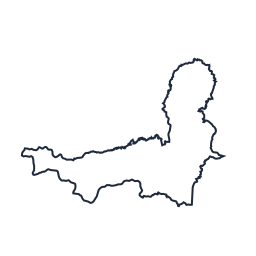 outline of Novo Airão, Amazonas, Brazil, rotated 11°
{"feature_id": "56859067B99543147558304", "entity_name": "Novo Airão", "entity_type": "district", "adm_level": 2, "iso_a3": "BRA", "parent_name": "Brazil", "parent_adm1": "Amazonas", "projection": "robinson", "projection_center": [-61.712, -1.802], "detail": "fine", "context": "isolated", "style": "outline", "palette": "slate", "viewbox_px": 256, "rotation_deg": 11, "n_neighbors": 0, "source": "geoboundaries", "source_scale": "gbopen_adm2", "svg_char_len": 5936}
<svg xmlns="http://www.w3.org/2000/svg" viewBox="0 0 256 256"><g transform="rotate(11 128 128)"><path d="M30.6,167.7L30.6,169.1L29.3,171.5L28.9,172.9L29.1,175.2L30.8,175.8L33.1,175.0L36.7,175.1L38.2,174.1L39.8,174.7L41.0,176.9L41.9,180.4L43.1,183.1L43.9,187.4L43.1,189.9L43.1,190.7L44.0,191.9L45.1,191.9L48.5,190.1L49.6,188.9L51.0,188.5L52.1,187.4L54.2,186.9L55.7,185.6L56.6,184.4L57.6,183.7L60.6,184.0L66.2,183.5L67.4,184.2L69.7,189.5L70.9,190.9L72.5,192.0L73.6,192.2L74.9,191.7L77.1,191.8L79.7,190.6L82.3,192.2L85.1,192.5L86.8,193.0L87.5,194.7L87.8,197.5L86.5,201.5L86.8,202.6L92.3,202.3L94.0,203.3L94.9,203.3L97.0,206.2L98.6,207.5L102.8,207.8L105.6,208.7L107.4,207.7L108.4,206.1L110.4,201.0L111.0,194.8L111.6,193.3L112.9,191.6L114.1,190.7L116.4,190.1L118.1,188.1L121.0,187.6L122.3,187.9L124.1,187.6L127.4,186.3L128.8,185.3L131.5,184.7L132.9,183.8L134.1,181.2L134.8,180.7L136.3,179.9L139.4,179.6L141.6,177.9L145.0,178.8L147.8,178.0L149.8,178.9L150.8,180.4L151.3,183.1L153.8,186.7L153.5,188.0L152.0,190.3L152.2,191.6L152.9,192.4L155.2,193.4L155.9,193.5L156.2,193.2L156.2,192.0L156.6,191.6L158.8,191.8L160.7,191.2L162.6,191.3L163.6,191.0L164.9,189.1L165.6,189.0L166.6,187.7L167.5,187.3L169.5,187.6L169.9,187.3L169.7,186.2L170.0,185.5L171.9,186.3L173.6,186.4L174.9,186.0L178.3,186.1L178.7,187.8L179.2,188.2L179.3,187.7L179.9,187.5L183.0,188.8L184.1,190.2L185.7,190.7L189.1,190.8L189.8,191.4L190.2,192.3L191.1,192.9L192.0,194.9L192.8,195.0L193.2,193.4L195.2,192.3L196.7,190.4L198.9,191.0L199.5,192.0L200.1,192.3L202.2,191.5L203.6,191.6L205.3,191.1L202.8,173.6L203.4,170.2L203.9,168.7L206.0,167.5L206.0,166.9L204.6,165.0L206.4,164.1L206.6,163.0L207.5,163.4L207.9,163.2L207.4,162.3L208.6,161.7L207.8,160.5L207.8,160.0L208.4,159.3L208.1,157.8L207.4,157.2L208.4,156.3L208.8,155.3L208.3,153.9L207.5,153.9L206.3,152.0L206.8,151.1L208.4,151.0L210.3,148.3L209.4,146.9L209.9,146.3L209.7,145.8L210.1,144.9L210.9,144.8L211.5,143.7L212.6,143.1L213.9,140.2L216.1,140.6L217.0,140.4L219.1,141.3L220.4,141.3L223.9,140.1L224.1,139.5L227.1,137.4L222.3,137.1L221.8,136.3L220.3,135.2L216.5,135.4L215.3,134.9L212.9,131.7L213.3,130.1L212.8,129.3L212.5,127.0L212.5,124.4L213.0,123.1L212.4,121.2L213.3,117.7L214.0,117.5L214.1,116.7L214.8,115.7L214.9,113.9L214.4,113.3L214.4,112.5L212.5,110.5L210.9,109.8L209.9,108.5L205.7,106.1L203.5,105.7L202.6,106.1L201.7,107.7L200.9,107.7L201.4,105.6L200.0,105.3L199.7,104.9L200.9,103.6L200.3,100.6L198.4,99.0L198.1,97.6L196.7,97.4L195.8,98.1L194.0,97.9L194.5,95.9L195.6,95.7L196.1,94.6L197.2,94.0L198.0,94.7L199.0,94.4L199.6,94.7L200.5,93.5L200.6,93.1L199.9,92.2L199.9,91.9L200.7,91.4L200.1,90.5L200.4,88.9L199.5,87.1L199.8,86.7L200.9,87.3L201.5,86.2L201.4,84.1L201.8,83.7L203.4,84.1L204.2,83.3L205.3,83.3L205.2,82.6L204.2,81.6L203.2,79.9L203.0,78.4L203.6,78.0L204.5,71.9L204.2,70.7L205.0,69.0L204.6,67.6L204.9,66.8L204.6,66.2L205.3,65.6L203.6,65.0L204.2,64.4L204.5,63.3L204.0,62.8L203.5,63.1L203.3,62.5L202.6,62.3L202.6,59.6L201.9,59.2L199.9,59.0L199.6,56.5L199.0,56.1L197.7,56.4L196.4,55.0L196.5,54.5L196.0,54.0L196.3,52.4L195.8,50.6L194.9,51.1L194.2,50.8L192.9,51.3L192.2,51.3L190.7,50.6L190.4,50.1L188.9,50.2L188.5,49.6L188.2,48.3L186.7,47.5L185.6,47.9L184.7,47.3L183.8,47.6L183.3,47.4L183.2,48.3L182.8,48.5L180.2,47.4L179.5,48.2L180.0,49.3L179.5,49.9L179.6,50.7L179.2,51.3L176.8,52.2L175.5,52.1L174.1,53.5L172.4,53.5L169.8,55.5L168.4,55.7L168.6,56.8L168.4,57.0L167.0,57.1L166.6,57.4L165.6,60.9L164.1,62.5L162.8,63.2L162.1,66.3L162.1,68.1L162.6,69.0L161.6,70.1L161.9,71.6L160.8,72.5L160.2,74.5L160.6,75.6L160.4,77.4L161.9,77.4L162.4,78.0L162.3,78.7L161.5,79.1L162.3,80.3L162.4,82.3L162.2,82.8L160.5,83.4L160.4,83.8L161.1,84.6L160.4,85.3L161.1,86.4L160.3,88.1L160.3,88.8L160.8,89.8L160.0,90.4L158.8,94.0L158.9,95.4L157.7,97.1L158.6,97.5L160.1,99.4L160.2,100.3L159.3,101.2L158.2,102.8L159.1,103.6L160.2,103.7L160.7,104.9L162.6,105.2L162.9,107.2L163.8,109.5L165.7,110.4L166.2,111.1L166.1,114.2L166.4,115.4L167.1,116.2L168.9,116.8L169.4,117.8L169.5,122.6L168.8,125.9L169.1,127.4L170.9,131.8L171.1,133.8L167.3,134.4L167.0,134.1L166.8,134.5L167.6,136.1L167.3,137.1L166.2,137.4L164.9,138.4L162.8,133.7L163.1,132.9L162.9,132.2L160.7,131.9L160.1,132.6L159.6,132.5L159.3,132.0L159.6,130.5L159.1,130.2L158.8,130.0L158.5,129.6L158.2,130.0L157.4,130.0L157.1,129.5L156.3,130.3L156.7,131.3L156.3,132.3L155.6,132.2L154.8,133.5L154.1,133.4L153.7,133.7L153.1,133.0L153.0,133.8L152.6,134.0L152.2,133.3L151.8,133.3L150.6,134.4L150.3,135.3L149.5,135.4L148.8,136.4L148.3,136.4L148.0,136.9L147.4,136.7L146.9,135.7L145.9,135.4L145.4,136.3L143.8,136.2L144.2,135.0L143.8,134.8L141.8,135.7L141.6,136.2L142.1,136.3L141.7,137.0L140.8,136.3L140.5,136.8L141.3,137.7L139.9,138.4L139.1,140.3L138.6,140.8L138.2,140.7L137.7,141.8L136.9,142.1L136.7,141.7L136.2,141.9L136.2,140.2L135.4,139.6L134.9,138.7L133.5,140.3L133.0,141.9L133.2,142.3L132.8,142.5L133.9,143.8L133.0,144.2L131.9,143.6L131.5,143.7L131.3,145.1L129.5,146.6L129.2,147.8L128.8,148.4L128.3,147.9L127.7,148.3L127.5,147.7L127.0,148.1L125.9,147.7L125.2,149.3L124.5,148.5L123.2,149.1L122.7,148.9L122.6,149.4L121.5,150.2L120.9,149.4L120.2,149.7L119.8,150.1L120.0,150.6L119.1,150.5L118.7,151.3L118.2,151.3L118.1,152.2L116.8,152.9L116.4,152.6L115.6,153.3L115.1,153.1L113.8,153.8L113.3,153.6L112.7,153.8L110.7,155.2L109.2,155.5L108.7,156.3L107.2,157.2L106.2,157.1L105.8,157.6L105.2,157.7L103.4,157.4L101.8,158.1L101.0,157.6L100.0,157.9L98.2,157.4L97.2,158.2L96.1,158.3L95.6,159.0L94.5,159.4L94.1,160.1L92.1,160.3L90.8,161.1L89.2,164.0L89.0,165.0L88.0,165.9L83.8,167.1L82.1,168.4L81.1,168.2L80.6,170.1L78.2,169.8L73.9,170.8L72.0,170.2L70.1,170.1L68.8,169.2L67.6,167.2L66.7,166.8L65.9,167.2L64.7,168.9L62.7,170.5L61.6,170.4L59.7,169.3L59.0,168.4L58.4,165.8L57.4,164.2L56.3,163.9L54.0,164.4L52.0,162.7L51.0,162.3L50.1,162.5L48.3,164.4L47.6,164.6L44.9,163.7L44.3,163.9L43.2,166.4L41.9,167.4L39.1,167.4L37.5,166.8L35.5,167.8L33.4,167.4L30.6,167.7Z" fill="none" stroke="#1e293b" stroke-width="2"/></g></svg>